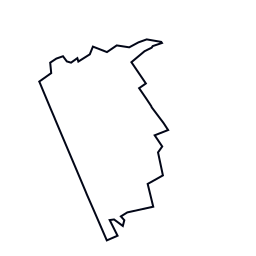 the district of Franklin, Massachusetts, United States of America, rotated 245°
{"feature_id": "52423323B1749391597269", "entity_name": "Franklin", "entity_type": "district", "adm_level": 2, "iso_a3": "USA", "parent_name": "United States of America", "parent_adm1": "Massachusetts", "projection": "equal_earth", "projection_center": [-72.569, 42.522], "detail": "fine", "context": "isolated", "style": "outline", "palette": "ink", "viewbox_px": 256, "rotation_deg": 245, "n_neighbors": 0, "source": "geoboundaries", "source_scale": "gbopen_adm2", "svg_char_len": 784}
<svg xmlns="http://www.w3.org/2000/svg" viewBox="0 0 256 256"><g transform="rotate(245 128 128)"><path d="M46.0,117.6L69.0,122.2L70.3,139.6L93.2,144.9L96.8,151.2L110.1,149.1L109.2,163.5L117.5,162.3L136.8,158.2L138.0,158.3L146.7,157.0L159.4,154.9L160.8,163.0L186.2,158.9L190.6,175.5L190.8,183.4L191.8,185.0L190.7,194.7L192.0,194.5L200.4,182.4L201.2,173.7L200.6,163.2L207.6,152.7L205.7,141.0L216.6,130.6L210.9,124.5L209.2,111.1L212.7,111.6L211.3,104.0L214.2,100.7L220.5,99.4L221.2,92.4L220.1,85.1L210.2,81.6L207.6,67.2L206.9,67.2L197.5,66.8L177.5,66.0L168.4,65.7L166.6,65.6L153.1,65.1L113.6,63.7L89.1,62.8L84.9,62.6L67.7,62.2L56.7,61.9L35.1,61.3L34.8,73.0L52.3,72.5L51.0,76.7L41.4,81.9L46.0,85.7L50.9,84.2L51.8,91.7L46.0,117.6Z" fill="none" stroke="#020617" stroke-width="2"/></g></svg>